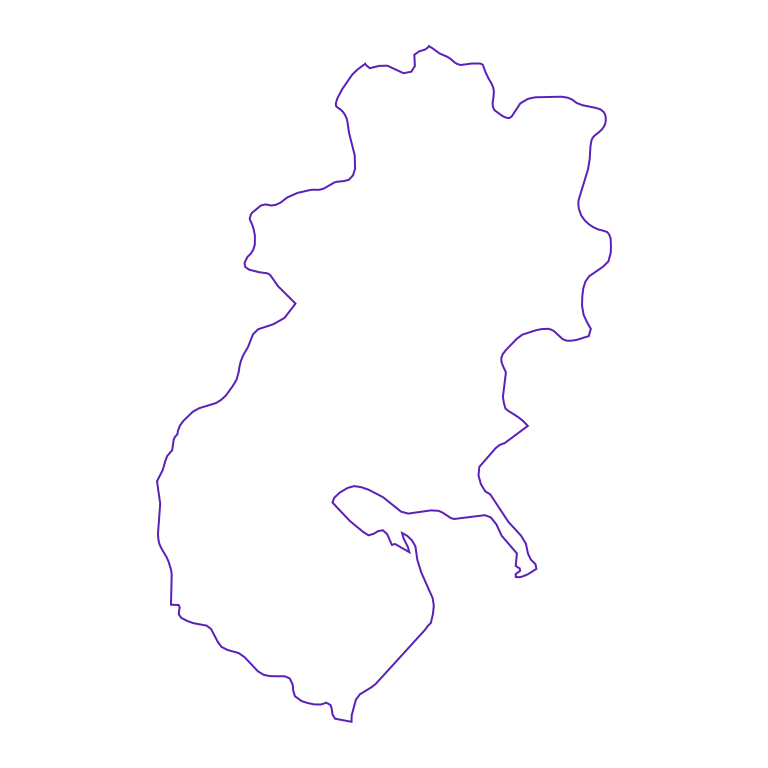 map outline of Seti (Albers equal-area conic projection)
{"feature_id": "NPL-1129", "entity_name": "Seti", "entity_type": "District", "adm_level": 1, "iso_a3": "NPL", "parent_name": "Nepal", "parent_adm1": "", "projection": "albers", "projection_center": [81.176, 29.231], "detail": "fine", "context": "isolated", "style": "outline", "palette": "violet", "viewbox_px": 768, "rotation_deg": 0, "n_neighbors": 0, "source": "natural_earth", "source_scale": "10m", "svg_char_len": 3804}
<svg xmlns="http://www.w3.org/2000/svg" viewBox="0 0 768 768"><path d="M365.2,63.8L365.4,64.5L369.8,68.2L379.2,65.9L387.4,65.7L403.5,73.2L411.3,71.7L414.9,66.0L414.3,54.8L419.1,51.4L425.2,49.5L428.6,46.9L429.0,46.1L432.2,48.1L439.8,53.6L447.2,56.7L450.4,58.8L454.7,62.5L457.5,64.1L460.7,65.0L472.1,63.5L479.7,63.5L481.8,64.1L482.9,65.0L485.2,71.4L488.6,78.7L490.2,81.2L491.7,83.9L493.2,87.5L493.9,91.3L493.6,95.7L492.6,103.3L492.9,106.7L494.4,110.1L501.7,115.5L505.0,117.3L507.7,118.0L509.3,118.0L511.6,116.6L520.3,103.4L527.7,99.0L531.5,98.0L535.5,97.3L561.5,96.7L567.7,97.7L572.0,99.5L576.5,102.9L582.4,105.2L595.8,107.9L600.5,109.4L604.0,112.3L605.6,116.1L605.8,120.7L605.1,124.0L603.8,126.9L601.7,129.6L599.1,132.0L594.5,135.7L592.5,138.0L591.3,141.1L590.5,146.0L589.7,158.8L588.1,169.0L578.6,200.1L578.3,203.5L578.8,208.4L581.1,215.3L584.5,220.1L588.4,223.9L592.9,227.0L598.6,229.6L600.4,229.9L607.2,232.0L609.1,234.5L610.6,238.1L611.0,246.6L610.7,252.9L608.4,261.4L602.9,266.8L589.1,276.3L585.4,281.6L583.3,288.2L582.3,296.2L582.0,305.5L583.6,314.8L587.1,322.4L590.8,328.8L588.8,336.1L576.6,339.9L570.5,340.8L566.2,340.6L562.5,339.0L553.7,330.9L551.0,329.6L548.4,328.8L541.7,329.1L536.8,330.0L522.4,334.6L516.9,338.7L506.1,349.8L502.8,354.1L501.3,357.9L501.5,362.0L503.0,366.0L505.9,372.4L502.9,397.1L504.0,403.5L505.5,408.6L508.1,410.7L518.6,417.4L523.1,421.0L527.8,425.9L504.7,443.1L499.7,444.9L495.8,448.0L479.3,466.9L478.5,475.3L480.9,484.2L485.3,491.4L490.2,494.3L508.4,521.9L521.0,535.6L525.9,543.7L527.9,553.4L530.8,559.5L535.5,564.3L536.4,568.9L528.0,574.2L522.2,576.6L519.3,577.2L515.8,577.0L515.7,574.2L520.2,570.7L519.7,568.4L515.7,566.0L516.9,553.4L501.7,535.8L496.4,524.4L490.7,517.3L484.9,515.2L454.0,519.0L450.6,517.9L442.4,512.5L438.5,510.8L430.8,510.4L408.2,513.6L401.0,511.6L382.9,497.1L368.8,489.8L361.3,487.2L354.2,486.1L347.5,488.0L340.0,492.4L334.2,497.8L332.5,502.6L349.8,520.9L362.7,531.6L368.5,535.3L373.5,533.9L378.2,531.1L382.9,530.3L387.2,534.2L391.9,544.9L395.1,544.0L409.3,552.2L407.9,547.1L403.5,538.2L402.1,533.0L407.2,535.8L411.9,540.3L415.4,546.3L417.3,559.7L421.2,572.3L432.7,598.2L433.8,605.7L433.0,613.7L430.9,622.8L427.5,626.3L425.1,629.7L375.8,683.8L371.6,687.1L359.8,694.4L355.9,699.7L351.7,715.3L351.5,721.8L335.0,718.7L332.5,714.4L331.8,709.4L330.6,705.1L326.4,702.7L321.0,704.5L314.1,704.4L307.1,702.9L301.5,701.0L294.9,696.2L293.2,690.6L292.7,684.6L289.8,678.5L284.8,676.3L270.4,676.2L263.8,674.9L257.9,671.3L244.5,657.1L238.7,653.1L227.7,650.0L221.6,647.0L218.0,642.3L211.0,628.9L206.6,625.6L193.5,623.2L187.5,621.1L181.2,617.8L178.9,614.6L179.1,610.8L179.7,607.4L178.6,605.0L171.0,604.7L171.0,603.8L171.7,574.5L171.0,569.6L168.6,561.7L166.6,557.2L161.7,548.9L160.0,545.4L159.1,543.0L158.3,538.7L158.0,533.5L160.2,503.6L157.0,481.2L162.8,469.9L165.1,461.7L167.2,456.0L172.2,450.2L173.7,439.7L174.8,437.1L177.4,434.2L177.9,431.1L179.8,425.8L183.5,420.7L193.0,411.6L199.2,408.2L216.1,403.0L221.1,399.9L225.8,395.6L232.4,386.5L236.5,379.8L238.7,372.0L239.4,366.9L240.8,361.2L243.2,355.3L248.0,347.0L253.0,334.3L258.2,329.2L273.2,324.3L284.5,317.9L295.5,303.6L278.2,286.4L270.7,275.7L270.0,274.9L268.6,273.9L266.6,273.2L259.0,272.2L249.0,269.6L245.2,266.9L244.5,262.9L247.4,257.0L250.9,253.5L253.3,249.6L254.8,244.8L254.9,235.6L253.7,229.3L252.2,224.6L250.5,221.0L249.7,218.5L250.8,214.8L252.1,212.7L260.9,205.5L265.5,204.4L271.3,205.5L275.6,204.9L280.3,202.8L287.3,197.4L297.5,192.9L310.7,189.9L314.2,189.7L317.4,189.9L320.1,189.6L323.5,188.7L334.5,182.4L336.8,181.8L344.4,181.0L349.0,179.7L353.0,175.3L355.1,168.7L354.7,155.2L349.0,132.7L347.6,122.9L346.8,118.9L345.2,115.2L343.0,111.9L340.3,109.4L337.7,107.6L336.1,106.2L335.8,103.5L337.4,98.3L342.1,89.3L352.3,74.5L357.8,69.3L365.2,63.8L365.2,63.8Z" fill="none" stroke="#5b21b6" stroke-width="2"/></svg>